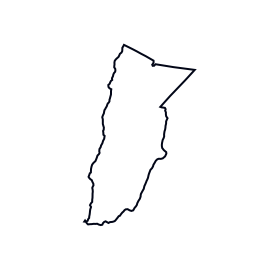 the district of Cambuci, Rio de Janeiro, Brazil, rotated 327°
{"feature_id": "56859067B47636510010645", "entity_name": "Cambuci", "entity_type": "district", "adm_level": 2, "iso_a3": "BRA", "parent_name": "Brazil", "parent_adm1": "Rio de Janeiro", "projection": "albers", "projection_center": [-41.95, -21.483], "detail": "fine", "context": "isolated", "style": "outline", "palette": "ink", "viewbox_px": 256, "rotation_deg": 327, "n_neighbors": 0, "source": "geoboundaries", "source_scale": "gbopen_adm2", "svg_char_len": 2768}
<svg xmlns="http://www.w3.org/2000/svg" viewBox="0 0 256 256"><g transform="rotate(327 128 128)"><path d="M66.6,198.8L68.2,198.3L70.3,197.6L72.2,196.9L73.4,197.2L75.3,196.4L77.2,195.8L78.7,195.6L80.4,195.0L81.8,195.0L83.5,195.9L84.5,197.9L85.7,199.4L87.5,199.9L89.1,199.1L90.2,198.5L91.8,198.1L93.4,197.4L94.9,196.1L97.1,194.8L99.4,193.8L101.2,192.4L102.0,191.3L103.0,190.3L105.2,189.1L106.9,188.2L108.1,187.6L109.2,186.5L110.3,185.5L111.5,184.8L113.7,183.3L114.9,182.4L116.0,181.8L117.7,180.6L119.5,178.8L120.8,177.7L122.3,176.6L124.1,175.3L126.2,174.8L128.1,173.8L129.3,172.7L131.0,171.9L133.5,170.6L135.5,170.2L136.9,170.5L138.8,171.8L140.6,172.4L142.0,172.2L143.6,172.0L145.1,171.1L146.2,170.4L146.9,169.0L146.4,167.4L146.0,166.0L145.8,163.4L146.6,161.5L147.4,160.3L148.5,159.0L149.5,158.0L150.6,156.9L152.2,156.0L153.7,154.8L154.8,153.0L155.9,151.7L156.9,150.6L158.2,149.6L159.5,148.2L160.6,146.7L162.3,145.1L163.6,143.2L164.9,142.3L166.5,141.3L166.4,139.0L167.2,137.2L168.3,135.5L168.6,133.7L169.8,132.7L169.9,131.2L168.7,130.1L167.4,129.0L166.6,127.9L180.7,124.1L201.6,119.2L215.6,115.6L199.4,101.8L185.8,89.5L183.8,90.0L182.6,89.3L182.8,88.1L184.2,87.6L185.3,86.8L186.1,85.4L182.0,77.4L179.4,72.8L177.1,68.5L174.8,64.4L169.9,56.1L168.5,56.9L166.9,57.7L165.9,59.2L165.0,60.4L163.6,61.2L161.6,61.4L160.3,62.3L158.8,63.2L157.5,63.4L156.2,63.6L154.9,63.9L153.4,64.5L152.2,65.8L151.4,67.2L150.3,68.5L149.5,69.6L149.5,71.5L148.8,72.8L147.9,73.8L146.2,74.3L144.9,75.1L143.6,76.4L141.7,77.5L140.9,79.1L139.4,79.2L137.8,80.1L136.8,80.9L134.9,81.2L134.0,82.9L134.1,84.6L135.1,86.4L133.9,87.7L132.8,89.4L131.9,90.7L130.2,92.2L128.9,93.4L127.8,94.3L127.0,95.5L125.7,96.2L124.4,96.4L123.0,97.4L121.9,98.3L120.4,99.0L119.2,99.7L118.0,100.2L116.8,101.4L115.7,102.6L113.9,103.7L112.3,104.9L111.6,107.0L110.4,108.9L109.1,110.9L108.5,112.8L108.0,114.5L106.7,116.2L105.5,116.9L104.7,118.6L103.7,120.3L104.1,121.9L103.1,123.0L102.1,124.1L100.1,125.2L98.1,126.9L95.9,128.0L94.6,129.2L92.6,130.1L91.2,131.9L90.6,133.4L89.3,134.1L87.4,134.5L85.8,135.8L84.3,136.9L82.7,138.0L79.9,138.5L78.0,139.2L76.4,140.5L74.7,142.2L73.4,144.0L72.6,145.1L71.3,145.2L69.8,146.4L68.3,147.5L68.3,149.1L68.6,150.5L69.2,152.0L68.8,153.9L68.6,155.8L67.8,157.3L66.5,158.0L65.4,158.8L64.7,160.6L63.8,162.2L62.5,163.8L61.3,165.6L60.2,167.2L58.9,168.7L57.7,170.5L55.9,171.0L54.1,172.0L54.0,174.1L52.0,175.7L50.8,177.1L49.7,178.5L48.6,179.8L47.3,181.1L46.4,182.3L44.9,182.8L43.7,183.8L41.6,183.7L41.6,185.5L42.0,187.1L43.8,188.0L45.3,188.9L46.9,189.6L48.6,190.8L50.0,191.5L51.0,193.2L52.3,194.6L53.8,195.1L55.2,194.2L56.9,193.8L58.4,194.1L59.2,195.7L59.9,197.0L61.6,197.1L63.7,198.2L65.3,198.7L66.6,198.8ZM41.6,183.7L41.6,182.2L40.4,182.7L41.6,183.7Z" fill="none" stroke="#020617" stroke-width="2"/></g></svg>